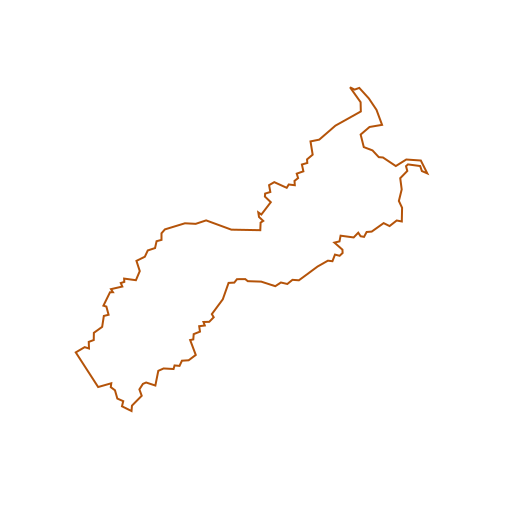 outline of Miranda, Cauca, Colombia, rotated 300°
{"feature_id": "7082276B64224569928745", "entity_name": "Miranda", "entity_type": "district", "adm_level": 2, "iso_a3": "COL", "parent_name": "Colombia", "parent_adm1": "Cauca", "projection": "equal_earth", "projection_center": [-76.228, 3.222], "detail": "medium", "context": "isolated", "style": "outline", "palette": "amber", "viewbox_px": 512, "rotation_deg": 300, "n_neighbors": 0, "source": "geoboundaries", "source_scale": "gbopen_adm2", "svg_char_len": 1948}
<svg xmlns="http://www.w3.org/2000/svg" viewBox="0 0 512 512"><g transform="rotate(300 256 256)"><path d="M413.2,363.0L421.1,351.0L414.7,337.9L403.8,332.1L404.8,316.7L403.0,312.9L405.7,304.1L404.2,294.9L413.5,285.9L424.5,289.8L432.6,299.6L442.8,287.3L448.9,274.9L453.2,261.4L449.4,258.2L449.1,253.1L441.5,269.7L433.6,274.5L408.6,259.6L388.4,252.6L382.5,245.9L372.1,254.4L365.2,251.9L362.2,253.9L358.2,250.0L353.0,254.7L347.7,250.1L344.5,253.5L340.3,251.8L336.7,254.2L334.3,248.6L330.4,248.5L329.1,234.9L323.9,231.9L318.6,236.4L314.6,232.7L311.9,234.0L310.0,241.9L294.6,239.9L294.9,236.2L291.3,239.1L290.0,244.7L287.2,243.3L280.5,246.8L266.5,221.5L261.9,195.0L253.7,187.7L248.8,178.1L233.5,163.8L228.4,162.8L222.7,166.1L219.1,162.5L212.4,164.6L206.7,159.5L199.8,160.1L192.0,154.9L184.8,162.9L175.0,164.1L170.5,153.1L167.7,154.9L165.0,152.4L162.7,155.5L154.8,147.0L153.1,150.2L151.6,147.7L136.7,148.7L137.4,151.7L131.4,157.7L128.0,154.2L117.7,158.2L108.4,154.0L102.1,157.5L98.0,154.1L92.4,157.6L91.4,153.2L82.4,148.1L63.6,184.8L73.4,194.3L69.8,195.8L69.2,201.0L63.2,207.2L63.9,213.6L58.8,215.1L59.5,225.7L64.4,223.4L77.8,226.9L82.2,221.7L88.7,222.0L91.5,224.1L93.5,233.6L107.7,228.8L112.4,232.2L116.9,241.1L120.5,240.2L122.6,244.7L128.3,244.2L132.0,249.8L140.2,253.3L150.3,241.0L152.4,243.4L157.2,241.1L162.5,245.3L166.8,241.9L170.2,246.4L172.6,243.5L175.6,248.4L181.8,250.0L183.6,246.8L201.9,248.9L219.0,245.7L222.1,250.5L226.4,251.1L230.6,258.2L230.1,261.5L236.4,273.3L239.5,287.8L245.5,290.8L247.4,297.1L253.6,299.5L256.4,305.3L277.7,314.6L287.9,320.6L289.7,324.8L296.7,323.7L298.0,328.3L301.9,329.5L304.7,327.7L306.8,317.2L310.4,321.0L315.9,319.1L320.9,331.3L327.3,332.9L325.4,336.7L326.6,340.0L332.1,339.8L335.0,344.0L348.3,350.1L348.7,356.7L357.1,360.1L358.8,365.0L370.8,358.4L375.1,352.2L386.5,348.9L395.5,342.0L405.3,344.5L408.8,341.0L411.3,341.8L416.0,353.2L412.5,357.2L413.2,363.0Z" fill="none" stroke="#b45309" stroke-width="2"/></g></svg>